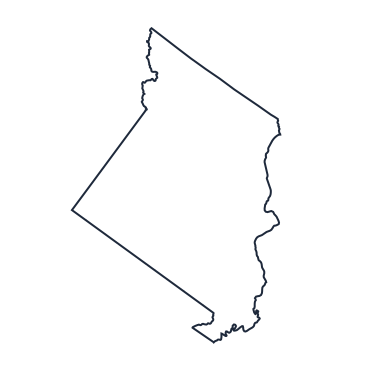 Missouri, Robinson projection, rotated 36°
{"feature_id": "USA-3531", "entity_name": "Missouri", "entity_type": "State", "adm_level": 1, "iso_a3": "USA", "parent_name": "United States of America", "parent_adm1": "", "projection": "robinson", "projection_center": [-92.269, 38.302], "detail": "fine", "context": "isolated", "style": "outline", "palette": "slate", "viewbox_px": 384, "rotation_deg": 36, "n_neighbors": 0, "source": "natural_earth", "source_scale": "10m", "svg_char_len": 5884}
<svg xmlns="http://www.w3.org/2000/svg" viewBox="0 0 384 384"><g transform="rotate(36 192 192)"><path d="M67.9,97.0L67.3,96.9L67.0,96.3L67.6,96.0L67.9,95.6L68.1,95.3L68.0,95.1L67.6,93.7L67.0,92.8L66.8,92.5L66.8,92.1L66.9,91.4L66.8,91.1L66.6,90.4L65.9,89.6L65.6,88.9L65.5,88.2L65.7,87.7L65.7,87.2L65.1,86.7L64.2,86.3L63.4,86.2L62.9,85.8L62.7,84.6L63.0,83.3L78.2,83.7L95.5,84.2L112.6,84.6L126.0,84.5L130.5,84.5L148.0,84.0L165.9,84.2L194.8,83.3L210.3,83.1L214.5,82.7L218.5,82.5L218.8,82.9L219.0,83.2L219.7,83.6L219.9,83.9L219.9,84.5L220.0,85.0L220.1,85.3L220.4,85.7L220.8,85.9L221.6,86.1L222.5,86.7L222.6,86.8L222.8,87.5L222.9,87.8L223.1,87.9L223.3,87.9L223.7,87.9L224.0,88.0L224.1,88.5L224.6,89.0L225.4,89.3L225.7,89.5L225.9,89.9L226.0,90.2L226.1,90.5L226.0,90.8L226.3,91.3L227.7,92.6L228.2,92.9L229.3,93.3L229.7,93.7L228.5,94.7L227.6,96.8L227.0,99.2L226.8,101.1L226.8,103.3L227.8,111.1L228.0,111.8L228.5,112.6L229.2,113.3L229.4,113.7L229.6,114.0L229.7,114.4L229.8,114.8L229.8,115.9L229.5,117.3L229.5,117.9L229.7,118.2L230.2,118.8L230.4,119.4L231.5,120.3L231.7,120.8L231.8,121.3L231.9,122.4L232.4,124.0L233.2,125.2L242.9,133.6L243.5,134.3L244.0,135.2L244.2,136.2L244.4,136.9L245.0,137.4L254.0,143.7L254.9,144.5L255.8,145.7L256.8,147.4L257.2,148.4L257.5,149.4L257.5,150.0L257.5,151.3L257.5,151.9L257.7,152.5L258.4,153.6L258.6,154.1L258.4,154.6L258.1,155.1L258.0,155.7L258.2,156.3L258.5,156.9L258.7,157.7L258.8,158.5L258.6,159.1L260.4,162.6L261.6,164.1L263.2,164.6L264.9,163.9L267.3,160.8L269.3,160.4L270.0,160.7L271.4,161.5L272.1,161.7L273.0,161.8L275.0,162.3L278.8,164.4L280.4,165.6L281.0,166.9L280.7,167.7L280.1,168.9L279.4,170.0L278.8,170.5L278.3,171.0L278.2,172.1L278.4,174.0L278.4,176.0L277.8,177.5L275.8,180.5L273.9,185.8L272.0,188.7L271.4,190.2L271.3,192.0L271.7,194.2L271.9,194.9L272.1,195.5L272.4,196.0L272.7,196.4L274.9,198.2L275.1,198.6L276.3,199.7L276.5,200.1L276.8,200.9L277.5,201.4L278.9,202.2L280.0,203.2L280.9,204.4L282.0,205.4L283.4,205.8L285.5,207.6L286.1,208.0L287.6,208.0L289.3,208.4L290.7,209.4L292.9,211.7L293.9,212.3L296.3,213.3L297.2,213.9L298.2,215.2L299.3,217.8L300.2,218.8L304.0,220.5L305.1,221.4L304.8,222.0L304.9,222.8L305.2,223.6L305.4,224.5L305.3,225.3L305.1,226.1L305.0,226.9L305.1,227.9L306.0,229.5L307.1,231.1L308.0,232.7L308.4,234.7L307.7,236.4L306.4,237.7L305.3,239.0L305.3,240.9L305.5,241.0L306.3,241.3L306.6,241.5L307.2,242.0L307.2,242.6L307.3,243.4L307.6,244.2L308.5,245.7L310.1,247.9L310.7,249.2L310.4,250.6L311.1,251.3L313.1,252.9L314.7,253.5L315.1,253.5L315.3,253.0L315.2,252.3L314.9,251.9L314.6,251.6L314.2,251.2L313.8,250.2L314.0,249.7L314.7,249.6L315.7,249.6L315.9,249.8L316.1,251.0L316.2,251.4L316.6,251.7L317.4,252.2L317.7,252.5L317.9,253.0L318.0,253.5L318.2,254.0L318.5,254.5L319.0,254.6L319.5,254.4L319.9,254.3L320.3,254.2L321.1,254.5L321.3,255.3L321.0,257.4L321.1,258.9L321.1,259.4L320.9,259.7L320.5,260.1L320.1,260.6L320.0,261.1L320.1,262.1L320.8,263.8L320.8,264.9L320.5,266.1L319.0,269.4L318.1,272.1L317.3,273.4L316.2,273.9L315.0,273.5L313.9,272.6L313.0,271.5L312.0,270.7L311.6,270.9L311.3,271.2L311.0,272.0L310.4,273.8L310.3,274.5L309.7,276.7L309.4,277.5L308.5,278.6L307.9,279.2L307.4,279.5L306.4,279.2L306.3,278.5L306.7,277.5L306.9,276.5L306.4,274.6L305.1,274.0L303.8,274.5L303.5,276.2L303.8,276.8L304.4,277.4L304.7,278.1L304.4,279.0L304.4,279.7L305.3,281.7L305.4,282.7L305.0,283.8L304.3,284.2L303.4,284.3L302.3,284.3L301.6,284.7L301.7,285.6L302.3,286.6L303.0,287.2L304.0,287.6L304.4,287.9L304.3,288.4L303.9,288.7L303.4,288.8L299.7,289.0L299.0,289.2L301.2,292.2L302.2,294.2L301.9,295.0L301.3,295.2L300.5,295.6L299.9,296.0L299.6,296.5L299.5,297.3L298.3,299.2L298.0,300.9L297.7,300.8L272.4,301.5L272.2,301.5L272.1,301.3L272.1,301.1L272.2,300.6L273.6,298.0L274.0,297.5L274.6,296.4L275.1,295.9L275.3,295.5L275.5,295.3L275.7,295.2L275.9,295.1L276.7,294.9L276.9,294.8L277.1,294.7L277.3,294.6L277.4,294.4L277.5,294.2L277.6,293.9L277.7,293.7L277.7,293.2L277.8,293.0L277.9,292.8L278.0,292.6L278.2,292.4L278.6,292.1L278.8,292.0L279.3,291.9L280.2,291.5L281.4,290.9L281.6,290.7L281.8,290.3L281.9,290.1L282.1,289.1L282.1,288.9L282.3,288.7L282.5,288.6L283.5,288.3L283.7,288.2L283.9,288.1L284.0,287.9L284.2,287.7L284.3,287.5L284.3,287.3L284.4,287.0L284.4,286.8L284.2,285.4L284.2,285.1L284.5,284.0L284.5,283.7L284.5,283.4L284.4,283.2L284.3,282.9L284.2,282.7L283.9,282.4L283.7,282.2L282.4,281.5L282.2,281.3L282.1,281.1L282.1,280.8L282.0,280.6L282.0,279.8L282.0,279.6L281.9,279.4L281.7,279.3L281.5,279.2L281.4,279.0L281.3,278.9L280.9,277.8L280.7,277.4L280.5,277.2L105.5,277.2L105.8,247.5L106.6,153.0L106.4,153.0L106.4,152.8L106.4,152.7L106.9,152.0L106.8,151.6L106.2,151.4L105.3,151.3L105.1,151.2L105.1,150.8L104.9,150.7L104.7,150.7L104.3,150.7L103.7,150.6L102.5,150.7L101.6,150.3L99.9,149.3L99.2,149.0L98.4,148.6L98.3,147.6L98.2,146.6L97.9,146.1L96.5,145.3L95.7,143.4L95.4,141.5L95.8,140.6L94.1,140.3L93.9,140.0L93.7,139.3L93.6,139.0L91.9,137.9L91.2,137.6L90.9,137.4L90.6,136.8L89.7,135.1L89.5,134.8L88.8,134.5L88.1,133.8L87.7,132.8L87.8,131.8L88.0,131.7L89.1,131.6L89.5,131.4L89.7,131.0L89.7,130.5L89.7,129.4L89.9,128.6L90.6,127.8L91.8,126.6L92.2,126.4L92.6,126.2L92.8,125.9L92.9,124.8L93.0,124.3L93.3,123.9L93.6,123.7L95.4,124.3L96.3,124.3L96.9,123.7L97.0,123.2L96.8,122.9L96.5,122.5L96.4,122.0L96.4,121.4L96.6,120.5L96.7,120.0L96.3,119.5L94.6,118.5L94.0,117.9L94.4,117.4L94.4,116.8L94.1,116.2L93.6,115.9L92.7,116.0L92.1,116.1L91.5,116.4L90.3,117.4L89.5,117.9L88.6,118.1L87.8,117.7L86.8,116.6L86.3,116.3L85.9,116.1L85.1,116.0L84.8,115.9L84.4,115.7L84.3,115.3L84.1,114.9L83.9,114.5L83.5,114.4L83.0,114.3L82.6,114.2L82.1,113.4L78.9,110.6L78.2,110.3L76.4,109.9L76.0,109.4L75.9,108.6L76.1,107.5L76.5,106.7L76.7,106.2L76.5,105.9L75.4,104.8L75.2,104.1L74.6,103.3L73.6,102.1L74.2,100.9L74.3,100.3L73.9,99.8L73.2,99.6L71.8,99.5L71.2,99.2L70.8,98.6L70.5,98.0L70.1,97.4L69.4,96.9L68.7,96.9L67.9,97.0Z" fill="none" stroke="#1e293b" stroke-width="2"/></g></svg>